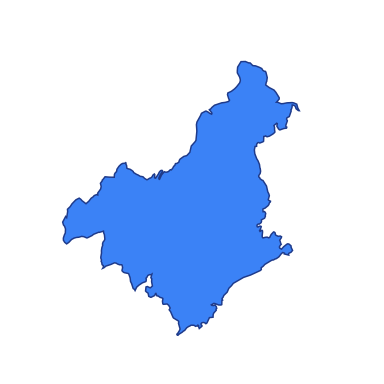 the district of Ciresu, Mehedinti, Romania, rotated 108°
{"feature_id": "2599482B7302732559425", "entity_name": "Ciresu", "entity_type": "district", "adm_level": 2, "iso_a3": "ROU", "parent_name": "Romania", "parent_adm1": "Mehedinti", "projection": "natural_earth1", "projection_center": [22.529, 44.822], "detail": "fine", "context": "isolated", "style": "filled", "palette": "blue", "viewbox_px": 384, "rotation_deg": 108, "n_neighbors": 0, "source": "geoboundaries", "source_scale": "gbopen_adm2", "svg_char_len": 6067}
<svg xmlns="http://www.w3.org/2000/svg" viewBox="0 0 384 384"><g transform="rotate(108 192 192)"><path d="M52.9,185.7L59.1,187.2L62.6,186.4L64.7,185.7L67.9,182.3L69.8,181.0L71.3,180.4L73.5,180.4L78.2,182.1L80.8,183.4L84.1,185.7L86.7,188.5L88.5,188.3L92.1,185.8L93.0,184.7L94.6,185.2L96.5,188.1L98.0,191.3L102.5,197.4L105.4,199.2L108.2,200.3L108.1,201.5L110.1,198.2L110.9,197.4L111.9,197.4L111.7,199.4L111.0,201.4L110.7,203.7L111.2,204.4L114.2,207.3L116.7,207.5L123.9,208.9L126.6,208.6L132.6,206.2L141.6,204.2L143.2,204.6L148.5,206.9L154.9,206.3L158.6,208.0L159.2,208.5L160.7,210.8L164.4,213.5L165.5,213.8L167.8,213.8L169.5,215.2L170.1,216.5L172.1,216.6L173.3,217.4L174.6,217.5L177.3,218.4L177.5,219.5L179.8,220.7L180.9,222.1L181.3,223.4L181.3,224.7L185.2,226.2L190.0,226.8L190.1,227.0L189.9,227.3L189.1,227.9L185.2,227.5L181.6,226.5L181.0,226.6L180.7,227.2L181.0,228.0L181.5,228.5L183.4,229.3L185.2,229.5L190.1,230.9L190.2,231.5L190.0,232.0L186.9,232.8L186.5,233.4L188.2,234.5L189.7,234.6L190.9,235.3L191.6,235.8L191.9,236.5L194.0,238.2L194.3,238.9L193.7,241.3L192.7,243.2L192.8,244.7L193.1,245.9L192.4,248.9L192.4,250.0L191.5,253.6L190.7,254.2L190.0,256.0L189.5,258.1L189.7,259.9L189.5,261.3L186.8,262.5L186.2,263.3L184.8,263.8L184.6,264.1L185.2,264.5L186.4,267.0L187.8,268.2L190.1,269.4L193.5,270.4L195.9,270.1L197.8,271.0L199.2,271.2L202.0,270.5L203.4,275.1L204.4,279.4L208.0,280.7L208.3,281.0L209.4,280.9L212.0,281.8L214.8,280.1L217.4,279.8L222.0,281.3L224.0,280.7L223.8,281.7L225.6,283.9L227.1,284.5L229.1,286.0L232.7,287.3L235.9,289.2L234.3,293.8L233.3,295.5L232.7,297.4L235.3,300.0L236.7,300.7L240.4,302.5L243.5,303.3L246.9,305.1L249.1,304.2L255.1,303.3L254.3,304.6L260.6,305.7L263.0,304.1L264.0,302.6L266.2,300.9L270.2,299.8L272.1,300.1L275.6,300.1L277.6,299.4L279.2,297.5L280.1,295.2L278.0,293.6L274.4,291.9L272.2,289.8L270.9,287.8L270.0,285.7L268.3,283.2L267.9,280.9L268.2,278.0L267.9,277.3L264.3,273.6L262.6,272.5L259.1,268.3L259.0,267.6L256.6,264.1L258.1,263.4L259.7,262.1L263.8,260.3L265.2,260.4L267.1,261.1L268.7,261.1L269.5,260.9L270.0,260.5L273.0,260.5L275.8,260.0L278.0,259.2L282.1,258.6L283.2,258.2L284.6,257.1L286.0,257.0L287.1,255.9L288.4,255.4L289.1,254.7L289.4,253.5L291.2,253.1L292.1,253.3L291.3,252.4L289.0,250.9L286.0,246.8L283.3,243.8L283.1,242.1L283.5,240.6L283.6,238.4L282.9,236.3L283.6,235.6L285.5,234.6L288.1,234.4L288.8,233.9L289.5,232.3L289.6,231.3L289.2,227.4L289.4,226.9L292.8,224.3L296.1,222.8L297.7,221.2L302.0,218.1L302.4,216.6L303.3,215.7L299.6,215.2L297.0,213.7L293.6,211.0L291.5,208.3L290.8,208.1L289.0,208.6L288.2,209.1L287.0,208.5L285.0,208.2L283.7,206.8L283.4,205.5L282.5,204.8L286.3,204.6L286.9,203.5L289.8,202.7L293.6,200.6L295.9,201.9L296.0,202.8L295.7,205.3L296.5,206.4L300.5,205.6L301.1,204.6L301.8,202.5L304.6,200.9L304.9,198.9L304.8,198.4L302.0,195.5L299.8,195.3L299.6,195.0L301.6,193.3L301.4,191.9L302.1,189.8L302.0,188.1L302.2,186.9L303.4,186.5L304.9,186.4L307.4,185.2L307.6,184.4L306.2,181.1L307.0,179.1L309.1,176.9L311.1,177.3L312.5,175.3L317.2,171.2L317.6,170.5L318.9,165.0L319.5,164.5L321.0,164.3L326.0,161.0L327.6,161.1L330.8,161.9L331.7,162.4L332.1,162.4L332.7,161.7L332.6,161.1L331.1,160.3L328.4,158.0L326.8,157.1L326.0,156.2L322.8,155.1L320.9,153.6L320.0,152.5L319.0,151.8L318.3,149.6L318.2,148.4L318.7,147.2L318.1,146.4L317.8,145.3L316.8,145.2L317.1,144.4L317.8,144.3L319.6,142.9L316.7,141.1L315.9,141.8L315.7,141.6L315.4,142.3L314.5,142.7L313.2,142.1L312.5,140.7L312.4,139.3L313.0,138.5L312.9,138.0L311.9,137.3L306.1,136.6L304.6,133.3L302.0,134.0L300.4,133.9L297.0,132.4L296.0,133.0L295.1,132.5L293.5,133.5L292.4,135.2L293.4,136.5L293.7,138.2L293.4,138.8L291.3,137.0L291.0,136.0L291.2,131.7L290.5,129.5L289.9,128.9L285.7,130.1L285.4,129.5L283.9,130.5L282.4,129.9L280.6,129.8L276.4,127.6L272.2,127.2L268.9,125.5L266.1,124.5L257.3,116.6L252.9,110.7L245.6,102.8L244.4,102.1L242.7,102.8L240.5,101.3L238.4,100.4L232.8,95.6L231.7,94.3L231.4,93.4L230.4,92.7L229.3,91.2L227.5,89.8L226.8,89.3L223.1,88.0L221.5,87.0L221.6,85.2L222.4,85.1L222.1,80.5L221.1,81.1L220.4,81.0L218.7,79.2L216.5,78.3L214.0,80.6L212.6,81.2L211.6,83.5L211.6,84.4L211.9,85.3L212.8,86.0L215.7,87.9L218.7,89.2L218.3,91.2L217.3,91.9L215.8,91.7L214.1,91.0L213.8,91.5L211.5,93.0L210.8,93.7L207.9,92.9L206.9,93.0L206.6,94.4L207.5,96.4L207.2,98.6L206.9,99.4L205.2,100.3L204.7,101.2L204.8,102.1L207.9,103.6L211.2,104.1L211.9,105.0L211.7,106.6L212.5,108.4L213.7,110.2L213.6,110.7L213.0,111.3L212.1,111.7L208.3,112.5L207.1,113.0L206.8,113.5L206.9,113.9L208.5,115.1L208.0,115.8L206.7,115.5L203.6,115.4L203.3,115.8L203.4,116.7L204.0,117.6L204.9,118.4L204.9,119.2L204.0,119.8L202.9,119.8L202.0,119.1L201.7,118.1L199.8,116.8L198.5,116.8L197.1,117.4L194.5,114.9L192.4,114.7L191.5,115.1L189.8,115.2L188.8,116.0L188.2,117.0L188.8,118.3L186.4,119.3L185.9,119.0L185.0,117.7L181.6,115.5L180.1,115.0L178.6,115.1L177.2,114.4L176.5,114.5L176.2,116.5L175.8,117.1L171.6,117.3L170.0,118.4L168.4,120.0L163.3,123.0L159.1,128.1L159.1,129.1L158.3,131.4L157.3,132.2L157.0,133.2L155.9,133.6L153.3,132.9L152.4,133.0L151.0,133.2L148.5,134.4L148.0,134.9L145.0,136.3L142.0,138.8L140.4,140.7L136.2,144.1L132.7,145.7L129.2,146.1L128.6,144.7L126.6,145.3L125.4,144.9L124.7,144.6L124.3,143.7L124.5,142.7L122.3,140.0L121.6,139.6L117.0,140.9L116.5,139.9L115.9,139.4L116.3,137.7L115.0,135.7L111.9,133.0L109.9,131.8L109.3,131.7L107.1,132.8L105.2,133.4L103.4,134.6L100.4,132.7L100.6,132.0L103.2,131.6L105.1,129.4L105.7,128.4L105.8,127.6L103.2,124.2L102.1,121.9L101.0,121.9L100.8,122.9L99.4,123.4L94.8,123.3L93.5,124.6L92.4,124.7L91.6,124.2L90.2,122.8L84.4,122.7L83.2,123.3L82.3,123.0L80.1,123.1L78.3,123.6L78.1,122.5L78.3,121.0L78.6,120.3L80.7,118.7L81.7,116.0L81.5,115.1L79.5,117.3L76.1,119.5L75.8,122.6L76.0,124.4L77.9,129.3L79.8,132.7L80.5,134.5L80.2,138.3L80.5,139.4L76.7,137.8L75.4,138.2L73.0,141.0L71.3,143.0L69.7,145.5L68.8,150.9L67.4,155.0L64.4,155.3L63.9,155.1L59.9,155.8L55.4,158.6L54.6,159.4L54.8,160.4L54.6,161.6L54.2,162.5L53.0,163.8L52.6,166.4L52.4,170.4L53.0,173.3L51.3,176.5L51.7,178.2L51.4,181.6L52.9,185.7Z" fill="#3b82f6" stroke="#1e3a8a" stroke-width="1.5"/></g></svg>